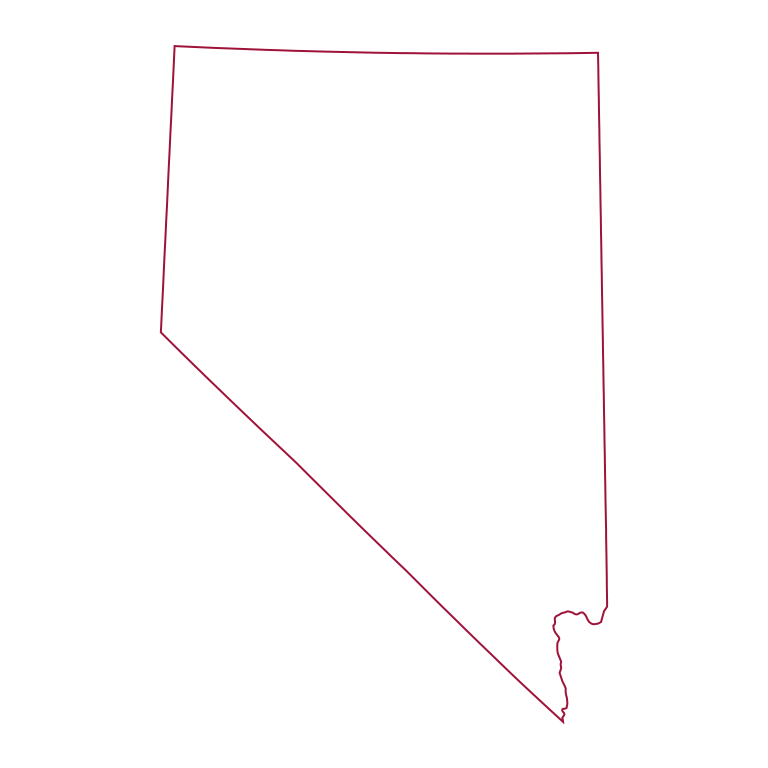 outline of Nevada
{"feature_id": "USA-3523", "entity_name": "Nevada", "entity_type": "State", "adm_level": 1, "iso_a3": "USA", "parent_name": "United States of America", "parent_adm1": "", "projection": "albers", "projection_center": [-115.554, 38.502], "detail": "fine", "context": "isolated", "style": "outline", "palette": "rose", "viewbox_px": 768, "rotation_deg": 0, "n_neighbors": 0, "source": "natural_earth", "source_scale": "10m", "svg_char_len": 2727}
<svg xmlns="http://www.w3.org/2000/svg" viewBox="0 0 768 768"><path d="M598.0,52.8L598.3,67.7L598.5,82.6L598.8,97.5L599.0,112.4L599.3,127.3L599.5,142.2L599.8,157.1L600.0,172.1L600.3,187.0L600.5,201.9L600.8,216.8L601.0,231.7L601.3,246.7L601.5,261.6L601.8,276.5L602.0,291.5L602.3,306.4L602.5,321.3L602.8,336.2L603.0,351.2L603.3,366.1L603.5,381.0L603.8,396.0L604.0,410.9L604.3,425.8L604.5,440.7L604.8,455.7L605.0,470.6L605.3,485.5L605.5,500.5L605.8,515.4L606.1,530.3L606.1,531.1L606.1,533.4L606.1,536.9L606.2,541.4L606.3,546.7L606.4,552.7L606.5,559.1L606.6,565.7L606.7,572.3L606.8,578.7L606.8,584.7L606.9,590.1L607.0,594.6L607.0,598.1L607.1,600.3L607.1,601.1L607.1,605.2L607.1,606.1L606.9,607.0L605.4,609.2L604.0,611.2L603.2,614.2L602.2,617.7L601.1,621.9L598.4,623.5L594.6,624.2L592.6,624.1L590.9,623.3L589.4,622.1L588.4,620.9L587.7,619.7L585.9,615.9L585.3,615.0L584.5,614.0L583.7,613.2L583.0,612.7L582.3,612.5L581.8,612.4L581.2,612.5L580.7,612.6L580.3,612.7L579.9,612.9L577.9,614.1L577.4,614.3L576.9,614.4L576.4,614.4L575.8,614.3L574.7,614.0L573.9,613.5L573.3,613.0L572.8,612.7L572.5,612.6L568.4,611.4L567.7,611.4L567.0,611.5L565.8,612.1L561.4,613.3L558.9,614.9L556.3,616.1L556.0,616.4L555.7,616.8L555.1,617.5L554.9,618.0L554.8,618.8L554.8,619.9L555.1,622.0L555.0,623.1L554.7,624.2L553.4,625.6L553.6,628.2L554.4,630.7L555.5,632.9L558.6,636.9L559.1,637.8L559.3,638.8L559.0,639.9L557.7,642.4L557.3,643.8L557.3,649.1L557.5,651.7L557.9,653.6L560.7,660.5L561.2,662.1L560.6,664.1L561.2,668.3L559.6,672.9L560.9,676.7L562.4,681.3L564.9,686.3L565.7,688.5L565.6,691.1L565.8,693.5L566.9,698.1L567.3,701.9L567.3,704.0L566.6,707.8L566.3,708.1L565.4,708.5L564.3,708.8L563.2,708.8L562.4,709.2L562.2,710.5L562.6,711.4L564.0,713.0L564.4,714.4L564.1,715.3L562.3,717.7L563.0,720.8L563.1,721.9L548.4,708.4L533.8,694.9L518.7,680.8L504.6,667.3L492.1,655.2L479.6,643.2L467.2,631.1L454.9,619.0L442.5,606.9L430.2,594.7L418.0,582.5L405.8,570.3L391.9,557.0L378.1,543.6L364.3,530.2L350.6,516.8L337.0,503.3L323.4,489.8L309.8,476.3L296.3,462.8L279.1,446.6L261.9,430.4L244.9,414.2L227.9,397.9L211.0,381.6L194.2,365.3L177.5,348.9L160.9,332.4L160.9,331.1L161.2,325.8L162.0,308.3L162.9,290.8L163.7,273.3L164.5,255.8L165.4,238.4L166.2,220.9L167.1,203.4L167.9,185.9L168.7,168.4L169.6,150.9L170.4,133.4L171.3,116.0L172.1,98.5L173.0,81.0L173.8,63.5L174.6,46.1L187.9,46.7L201.2,47.3L214.4,47.9L227.7,48.4L240.9,48.9L254.1,49.4L267.4,49.9L280.6,50.3L293.9,50.8L307.1,51.1L320.4,51.5L333.6,51.8L346.9,52.1L360.1,52.4L373.4,52.7L386.6,52.9L399.9,53.1L413.1,53.2L426.3,53.4L439.5,53.5L452.7,53.6L465.9,53.6L479.1,53.7L492.3,53.7L505.6,53.7L518.8,53.6L532.0,53.5L545.2,53.4L558.4,53.3L571.6,53.2L584.8,53.0L598.0,52.8Z" fill="none" stroke="#9f1239" stroke-width="2"/></svg>